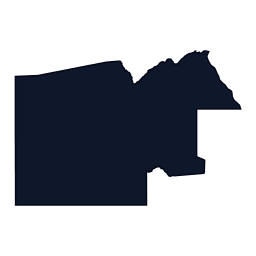 map outline of North-West (Mercator projection)
{"feature_id": "BWA-2629", "entity_name": "North-West", "entity_type": "District", "adm_level": 1, "iso_a3": "BWA", "parent_name": "Botswana", "parent_adm1": "", "projection": "mercator", "projection_center": [23.629, -19.391], "detail": "fine", "context": "isolated", "style": "filled", "palette": "ink", "viewbox_px": 256, "rotation_deg": 0, "n_neighbors": 0, "source": "natural_earth", "source_scale": "10m", "svg_char_len": 3242}
<svg xmlns="http://www.w3.org/2000/svg" viewBox="0 0 256 256"><path d="M208.7,51.6L206.9,55.7L206.9,57.0L207.2,58.1L208.5,61.4L210.4,64.6L211.6,65.9L213.1,66.9L214.5,68.0L215.4,69.7L216.9,73.4L218.3,75.8L218.7,76.7L219.1,78.7L219.3,79.4L219.9,80.3L222.9,83.5L224.4,84.5L225.1,85.2L227.2,88.3L228.5,89.4L230.2,90.3L231.4,91.3L231.9,93.0L232.2,96.5L233.8,100.1L239.4,105.2L240.6,108.9L197.0,108.9L196.6,108.9L196.6,156.6L196.8,156.8L204.3,160.0L204.6,160.3L204.6,160.9L204.3,172.0L204.2,172.6L204.0,173.1L203.5,173.3L174.6,175.7L174.1,175.6L173.5,175.5L172.5,175.5L170.9,176.1L170.0,176.2L168.9,175.8L168.2,174.9L167.0,173.0L165.2,171.6L164.5,170.9L163.3,168.5L162.8,168.5L162.2,168.8L161.3,168.5L160.1,167.2L159.6,166.7L158.9,166.4L158.5,166.4L158.1,166.7L157.5,166.9L155.8,167.2L155.3,167.5L154.5,168.2L154.0,168.4L153.5,168.5L153.1,168.7L152.7,169.0L151.7,170.3L151.7,170.7L151.8,171.0L151.7,171.2L148.9,172.0L148.4,172.0L147.8,171.8L146.6,171.1L146.4,172.0L146.5,205.0L16.5,205.0L15.6,205.0L15.6,199.0L15.6,193.0L15.6,186.9L15.6,180.9L15.6,174.9L15.6,173.7L15.5,168.9L15.5,162.9L15.5,156.9L15.5,150.9L15.5,144.9L15.4,138.9L15.4,132.9L15.4,126.9L15.4,120.9L15.4,117.2L15.4,115.0L15.4,109.0L15.4,107.0L15.4,105.1L15.4,103.1L15.4,101.2L15.4,99.3L15.4,97.3L15.4,95.4L15.4,93.4L15.4,91.5L15.4,89.5L15.4,87.6L15.4,85.6L15.4,83.7L15.4,81.8L15.4,79.8L15.4,77.9L15.4,76.5L16.2,76.5L17.6,76.4L20.1,76.3L22.7,76.2L25.2,76.1L27.8,76.0L29.9,75.9L32.0,75.8L34.1,75.7L36.2,75.7L37.1,75.6L38.0,75.6L38.7,75.4L39.5,75.3L40.3,75.1L41.0,75.0L44.8,74.2L48.6,73.5L52.5,72.7L56.3,72.0L60.1,71.3L63.9,70.5L67.7,69.8L71.5,69.0L75.3,68.3L79.1,67.5L82.9,66.8L86.7,66.0L90.5,65.3L94.3,64.6L98.1,63.8L102.0,63.1L105.9,62.3L111.2,61.8L115.1,61.5L118.2,61.2L119.9,61.3L120.5,61.6L120.8,61.8L120.9,62.1L120.8,62.8L121.0,63.1L121.3,63.2L121.7,63.3L121.8,63.4L121.7,64.5L121.8,64.9L121.9,65.1L122.4,65.8L123.0,67.0L124.3,68.6L124.6,69.1L124.6,69.4L124.5,70.2L124.6,70.4L124.8,70.6L125.2,70.7L125.6,70.8L126.1,70.3L126.8,70.9L127.4,71.7L127.7,72.1L128.3,72.3L128.9,72.4L129.4,72.6L129.6,73.2L129.8,73.7L130.3,74.1L130.5,74.5L130.1,75.3L131.6,76.9L132.0,77.9L131.4,78.9L131.8,79.6L132.5,81.6L132.9,83.6L133.5,84.1L134.3,84.1L135.9,83.5L136.1,83.4L136.4,83.1L137.4,81.9L138.4,81.7L139.0,81.3L143.3,76.6L144.0,76.4L144.5,75.9L145.3,74.7L145.9,74.2L147.2,73.2L147.9,72.6L148.1,70.9L149.6,69.8L149.9,69.7L150.1,69.8L150.4,69.9L150.6,70.1L150.7,69.8L150.9,69.5L151.5,69.1L152.8,68.6L153.1,68.3L154.4,67.0L154.8,66.8L156.4,66.5L158.0,65.4L160.1,62.8L161.7,62.0L162.6,61.8L163.6,62.0L164.0,62.1L164.8,62.5L165.2,62.6L165.7,62.3L166.9,60.0L167.7,59.3L168.3,59.0L169.9,59.1L170.9,59.3L171.4,59.8L172.2,61.3L172.5,61.6L172.8,61.8L173.1,62.0L173.1,62.8L174.7,64.2L175.3,64.1L177.3,63.9L177.8,63.8L177.9,63.5L178.6,62.7L178.7,62.4L178.9,62.3L181.2,59.6L181.8,59.0L183.4,58.0L184.6,56.4L184.8,56.2L185.2,56.0L185.6,55.9L186.0,55.8L186.4,55.7L186.6,55.0L186.9,54.8L187.8,54.6L188.9,53.7L189.7,53.5L190.6,53.5L193.9,52.4L194.2,52.2L194.5,51.9L194.7,51.6L194.9,51.3L195.4,51.2L195.1,51.9L195.6,52.2L195.9,52.6L196.2,52.8L196.9,52.5L197.3,53.1L197.9,53.0L199.1,52.2L199.6,53.2L201.0,53.1L202.4,52.5L203.9,51.0L205.7,51.0L208.7,51.6Z" fill="#0f172a" stroke="#020617" stroke-width="1.5"/></svg>